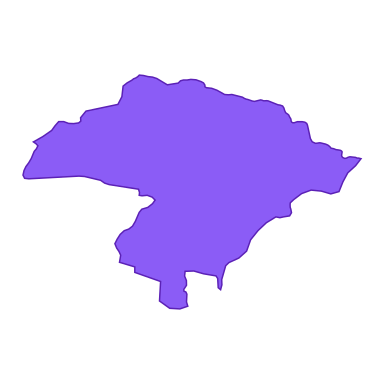 Iringa, Albers equal-area conic projection
{"feature_id": "TZA-3386", "entity_name": "Iringa", "entity_type": "Region", "adm_level": 1, "iso_a3": "TZA", "parent_name": "United Republic of Tanzania", "parent_adm1": "", "projection": "albers", "projection_center": [35.62, -7.961], "detail": "fine", "context": "isolated", "style": "filled", "palette": "violet", "viewbox_px": 384, "rotation_deg": 0, "n_neighbors": 0, "source": "natural_earth", "source_scale": "10m", "svg_char_len": 2448}
<svg xmlns="http://www.w3.org/2000/svg" viewBox="0 0 384 384"><path d="M308.0,127.6L310.4,138.6L312.2,141.8L315.4,143.3L316.9,143.2L319.3,142.8L320.7,142.9L325.6,144.1L327.9,145.1L329.8,146.6L330.8,147.9L331.2,148.2L333.7,148.7L335.9,149.6L338.7,150.0L340.3,150.3L341.1,150.7L341.7,151.2L342.0,151.6L342.1,152.0L341.6,155.4L341.9,156.5L342.7,157.5L344.7,158.4L346.3,158.2L347.8,157.4L349.3,156.9L350.2,156.8L355.6,157.4L357.2,158.1L357.6,158.1L358.7,158.1L361.0,158.7L355.6,165.7L347.8,172.8L342.9,181.9L339.0,191.6L330.8,193.9L321.3,191.1L311.1,190.1L301.6,193.6L293.7,199.6L290.3,202.8L290.1,204.0L290.1,205.4L290.2,207.3L290.8,209.1L291.5,212.7L289.6,215.9L283.4,216.9L279.9,217.7L275.9,216.9L266.4,222.7L258.1,230.5L250.6,239.8L246.6,251.1L238.9,258.0L228.9,262.6L225.7,265.7L221.7,279.6L221.9,284.8L220.6,289.7L218.2,287.7L217.7,278.5L216.0,275.9L203.6,273.8L193.8,271.0L185.1,271.3L184.6,276.1L186.4,280.5L186.5,285.3L183.8,289.4L183.9,291.1L185.9,292.0L186.9,294.2L186.5,302.0L187.8,306.2L179.9,308.9L169.7,308.3L159.5,301.0L160.6,281.5L134.8,272.4L134.8,266.9L119.5,262.3L120.7,255.2L119.0,251.5L116.7,248.1L114.9,243.7L117.2,239.1L120.2,234.4L124.2,230.7L128.7,229.1L132.5,226.2L135.3,221.4L139.2,212.4L141.8,209.2L147.8,207.4L152.5,203.7L155.1,200.1L152.1,197.1L147.2,195.3L142.0,195.8L139.2,195.3L139.5,192.5L138.5,189.2L109.2,184.6L104.6,183.1L100.6,180.3L84.6,176.5L79.0,176.1L28.8,178.8L24.6,178.3L23.0,175.1L24.0,170.6L25.9,166.6L28.8,162.7L31.3,158.4L34.2,151.4L36.4,148.8L37.9,145.8L36.1,143.8L33.4,141.9L42.8,136.6L51.7,130.4L55.1,125.7L58.7,121.6L63.7,121.6L68.6,123.4L73.6,123.6L78.7,122.9L80.8,121.1L80.6,117.7L86.0,111.1L117.9,104.4L121.9,96.7L123.1,86.1L127.1,82.9L131.7,80.3L133.6,78.8L135.7,78.0L137.7,76.7L139.3,75.1L143.5,75.5L148.0,76.6L152.5,77.1L156.8,78.5L167.3,84.8L178.2,83.1L180.5,80.8L183.5,80.0L187.2,80.0L190.8,79.4L196.0,79.8L201.1,81.6L203.5,82.9L204.9,85.1L204.9,86.8L206.4,87.7L211.7,88.3L216.9,90.2L224.6,94.5L228.4,94.8L231.9,94.5L241.4,96.9L242.5,97.2L244.4,98.4L246.1,99.1L247.9,99.5L252.2,101.0L254.5,101.4L260.7,99.9L262.3,100.3L263.2,100.7L264.4,100.8L266.8,100.7L268.2,100.9L278.0,104.8L280.1,105.1L282.6,106.0L283.9,108.0L284.6,110.4L285.6,112.6L286.2,113.1L287.8,114.2L288.7,115.0L289.9,117.5L290.5,118.3L290.9,119.2L291.2,121.3L291.6,122.1L292.9,122.8L294.4,122.7L297.3,121.7L302.3,121.7L304.9,122.2L306.7,123.4L307.4,125.0L308.0,127.6Z" fill="#8b5cf6" stroke="#5b21b6" stroke-width="1.5"/></svg>